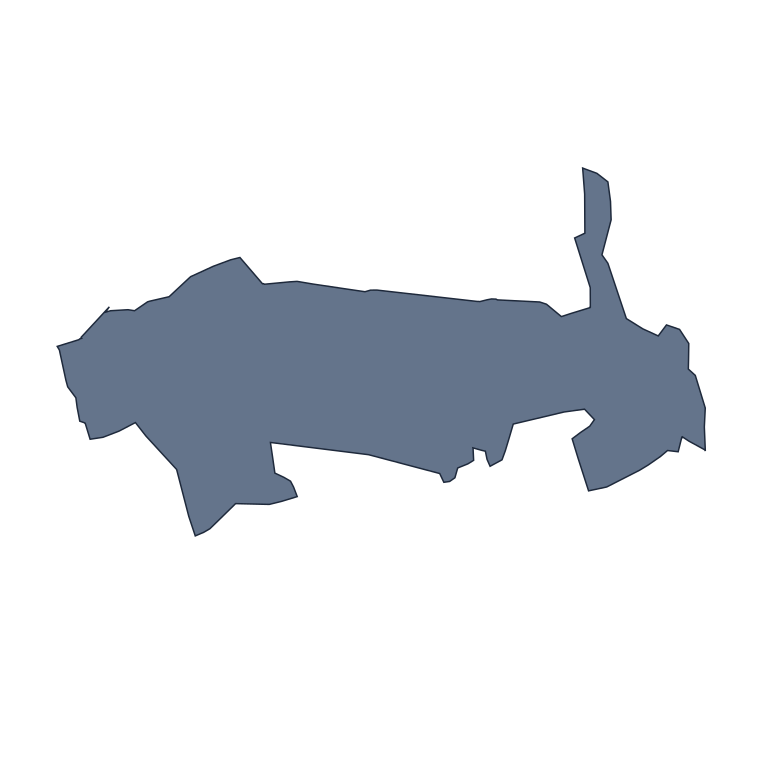 outline of Magtymguly, Balkan, Turkmenistan, rotated 253°
{"feature_id": "10190150B5540422332593", "entity_name": "Magtymguly", "entity_type": "district", "adm_level": 2, "iso_a3": "TKM", "parent_name": "Turkmenistan", "parent_adm1": "Balkan", "projection": "natural_earth1", "projection_center": [56.485, 39.153], "detail": "fine", "context": "isolated", "style": "filled", "palette": "slate", "viewbox_px": 768, "rotation_deg": 253, "n_neighbors": 0, "source": "geoboundaries", "source_scale": "gbopen_adm2", "svg_char_len": 1862}
<svg xmlns="http://www.w3.org/2000/svg" viewBox="0 0 768 768"><g transform="rotate(253 384 384)"><path d="M245.6,653.6L246.1,654.0L240.3,658.8L227.4,671.4L226.0,671.7L249.3,677.8L267.1,684.2L301.2,684.2L309.3,679.4L319.0,682.6L333.6,687.3L349.8,682.6L357.9,671.4L349.8,660.3L361.1,647.6L375.7,634.9L434.0,633.4L443.8,630.2L474.6,649.2L492.4,654.0L511.8,657.2L523.2,649.2L532.4,637.1L506.9,631.4L469.5,620.2L467.9,609.0L415.8,609.4L397.2,603.8L397.2,603.3L396.8,603.2L396.8,583.2L396.6,573.5L396.8,573.3L396.8,573.2L412.8,562.7L416.9,556.9L431.3,517.0L432.4,516.0L433.9,511.7L434.4,507.3L434.8,499.7L435.5,498.1L435.6,497.5L475.8,404.9L477.7,398.6L477.8,392.8L486.8,373.8L500.3,345.4L507.5,331.0L507.6,330.7L509.3,323.5L514.4,298.7L515.1,298.3L515.4,297.1L547.1,283.2L547.6,273.7L546.5,255.2L543.2,230.6L542.6,229.2L530.3,204.0L531.7,184.2L531.7,181.9L527.0,166.9L529.9,160.9L534.0,144.0L534.1,138.7L538.1,143.9L517.2,108.0L516.1,108.3L516.1,108.0L516.1,106.2L515.6,105.2L515.5,82.5L511.4,83.5L480.6,80.9L474.0,80.7L473.4,80.8L460.9,85.3L451.3,83.7L437.4,82.2L434.3,86.5L433.8,86.5L433.6,86.8L417.1,86.8L415.2,99.7L416.4,116.8L419.8,135.0L403.9,141.1L362.9,160.7L314.5,158.6L293.9,159.1L294.9,168.4L296.5,175.2L302.2,186.3L309.3,200.0L312.9,206.9L313.0,207.1L302.4,239.1L301.7,251.6L301.7,268.1L311.9,267.4L318.4,266.2L324.0,261.0L329.9,254.5L330.7,253.6L347.4,256.2L361.3,258.3L320.9,348.6L282.1,411.1L272.5,412.5L271.6,418.3L273.6,424.4L282.1,429.9L282.2,430.6L283.1,440.9L284.8,447.4L296.6,450.4L296.9,450.4L291.9,458.2L290.1,461.3L281.8,460.5L274.3,461.4L277.0,474.7L284.7,480.5L295.6,487.8L307.9,495.9L304.6,547.9L301.3,568.4L288.4,574.8L283.5,568.4L280.2,557.8L276.6,547.9L256.0,547.9L222.0,548.4L220.4,566.9L226.8,603.2L229.3,613.0L233.9,627.3L237.5,635.7L233.2,645.5L246.0,653.2L245.6,653.6Z" fill="#64748b" stroke="#1e293b" stroke-width="1.5"/></g></svg>